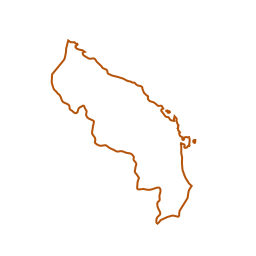 the border of Ica, rotated 165°
{"feature_id": "PER-589", "entity_name": "Ica", "entity_type": "Department", "adm_level": 1, "iso_a3": "PER", "parent_name": "Peru", "parent_adm1": "", "projection": "natural_earth1", "projection_center": [-75.673, -14.21], "detail": "fine", "context": "isolated", "style": "outline", "palette": "amber", "viewbox_px": 256, "rotation_deg": 165, "n_neighbors": 0, "source": "natural_earth", "source_scale": "10m", "svg_char_len": 4130}
<svg xmlns="http://www.w3.org/2000/svg" viewBox="0 0 256 256"><g transform="rotate(165 128 128)"><path d="M163.1,228.0L161.8,226.4L161.0,225.7L159.6,225.2L158.2,224.9L157.2,224.4L156.8,223.1L156.4,222.8L155.2,222.5L155.1,221.9L155.2,221.6L156.2,221.0L157.6,220.6L157.8,219.5L156.8,217.7L154.7,216.3L151.9,214.9L150.1,212.8L151.4,212.8L152.2,212.4L152.5,211.6L152.4,210.6L152.1,209.8L151.6,209.1L148.2,205.5L146.9,204.7L143.2,204.2L142.2,203.3L141.6,201.9L141.0,200.0L137.7,194.6L137.2,193.0L136.7,192.2L134.2,190.3L133.4,189.4L133.3,188.9L133.4,186.3L133.2,185.7L130.1,183.0L124.4,179.8L122.5,178.6L121.1,177.8L119.4,176.5L116.4,173.7L112.9,171.8L112.7,171.4L112.1,170.9L111.4,170.5L110.8,170.4L110.0,170.1L109.5,169.3L109.1,168.4L108.6,167.6L108.1,167.1L107.6,166.6L104.7,165.0L103.7,163.8L103.9,162.0L103.7,160.0L103.5,158.1L102.6,156.4L101.4,154.4L100.7,154.0L100.5,153.0L100.8,152.3L101.3,151.0L101.0,150.3L100.2,148.4L98.6,147.5L96.3,145.9L95.4,144.9L94.1,142.8L93.2,141.7L92.4,141.3L90.7,141.1L90.1,140.8L89.6,140.2L88.9,137.6L90.8,137.3L91.3,136.6L91.4,135.8L90.9,134.7L90.3,133.2L89.9,132.3L89.3,130.6L88.5,129.1L87.4,128.5L86.2,128.0L85.7,126.9L85.3,125.6L84.8,124.6L83.9,124.0L81.5,122.9L81.3,124.7L80.0,127.3L78.6,124.5L79.2,122.4L79.2,119.3L78.5,117.5L79.3,116.9L79.3,115.6L80.2,114.9L79.8,114.1L79.9,113.4L80.1,112.5L79.4,111.6L79.0,110.2L79.9,109.9L80.0,107.8L79.5,106.4L78.3,105.5L78.1,104.5L78.2,104.0L78.4,103.3L78.5,102.8L78.1,102.3L77.4,102.1L76.9,102.5L76.7,103.8L76.2,104.4L75.4,104.1L74.2,104.3L72.9,103.5L71.4,103.4L71.4,101.3L71.6,100.1L72.6,97.5L73.3,96.4L73.0,95.3L73.6,94.7L74.9,95.0L76.2,93.9L77.4,93.9L78.2,94.1L78.6,95.0L77.9,96.1L77.8,97.3L78.4,97.9L79.3,98.4L80.6,99.6L81.2,98.7L81.2,97.0L81.6,95.3L82.6,91.7L83.2,89.2L83.2,87.6L83.4,85.4L84.2,82.7L85.0,80.1L86.2,73.4L85.7,67.3L85.2,64.3L83.4,58.6L81.5,55.5L84.7,52.8L85.9,51.0L88.4,45.4L89.0,44.5L99.0,35.2L99.7,34.3L100.2,33.4L101.1,30.7L101.6,29.8L102.2,29.4L102.6,29.4L102.9,29.4L103.0,29.5L103.3,29.7L106.6,31.5L108.2,32.0L113.0,31.8L119.6,30.7L120.5,30.4L122.4,28.9L124.3,28.0L124.8,28.8L124.9,29.2L125.0,29.5L124.9,30.0L124.6,31.1L123.9,32.9L123.2,33.8L122.5,34.4L119.8,35.9L119.3,36.4L118.9,37.2L118.8,38.4L119.7,42.9L119.8,44.0L119.7,45.3L119.4,47.1L119.0,48.0L118.4,48.7L117.0,49.4L116.4,49.8L116.0,50.5L115.7,51.4L115.5,53.4L115.2,54.3L114.9,55.0L113.7,57.0L113.0,58.5L112.8,59.3L112.6,60.2L112.7,61.1L113.0,61.8L113.5,62.4L115.4,62.9L120.2,62.6L121.7,62.6L123.1,62.7L125.4,63.4L128.9,65.1L130.5,65.4L133.0,65.7L133.8,66.0L134.4,66.5L134.8,67.4L132.8,73.2L132.0,74.6L131.1,75.8L130.3,77.0L131.6,80.8L132.3,82.3L132.6,83.1L132.7,84.3L130.5,89.0L129.5,90.4L129.3,91.5L129.4,92.2L129.6,93.0L130.7,95.1L130.8,95.8L130.7,96.6L130.0,98.0L129.9,98.7L130.1,99.5L130.7,100.9L131.3,101.8L132.2,102.7L136.2,104.6L137.0,105.1L138.2,106.1L139.2,106.8L140.5,107.4L141.5,107.6L144.1,107.9L144.8,108.2L145.7,108.8L147.0,110.2L150.7,113.2L153.9,117.1L155.8,117.5L157.9,117.6L158.8,117.9L159.7,118.2L161.0,119.0L162.5,120.4L163.8,122.5L163.1,123.9L162.7,124.7L162.5,126.0L162.5,127.3L163.8,130.6L164.1,132.0L163.7,133.5L161.1,139.3L160.4,140.5L159.8,141.8L159.2,143.3L159.8,144.2L160.4,144.8L163.3,147.1L163.8,147.7L164.3,148.3L164.9,149.8L165.0,150.8L165.1,151.6L163.6,154.9L164.5,158.3L164.7,160.4L165.0,161.0L165.6,161.2L169.2,160.4L169.9,160.1L170.5,159.7L171.0,159.2L172.6,156.5L173.2,156.1L173.9,155.8L174.6,155.9L175.3,156.1L176.0,156.8L176.6,157.6L177.4,158.9L178.1,159.7L178.7,160.3L179.2,160.9L179.4,161.6L179.0,163.8L179.0,164.8L179.6,166.0L180.3,166.8L183.3,169.2L183.8,169.7L184.2,170.4L184.6,171.4L184.8,172.9L185.0,175.4L185.6,177.7L186.9,179.4L187.9,181.7L189.1,183.7L189.5,184.5L189.7,185.5L189.9,188.5L189.9,191.2L189.7,192.5L187.4,199.5L172.7,210.0L171.0,211.8L168.5,216.9L167.9,218.2L167.5,219.9L167.0,221.0L163.1,228.0L163.1,228.0ZM68.0,97.1L68.4,97.3L68.4,98.2L68.1,99.0L67.5,99.2L66.7,99.2L66.1,99.0L66.3,98.0L66.9,97.3L67.0,96.5L67.8,96.5L68.0,97.1ZM85.3,132.3L85.7,133.3L85.9,133.9L86.6,134.4L86.4,134.9L85.5,134.7L84.5,133.8L83.5,133.3L83.5,132.3L84.1,132.0L85.3,132.3Z" fill="none" stroke="#b45309" stroke-width="2"/></g></svg>